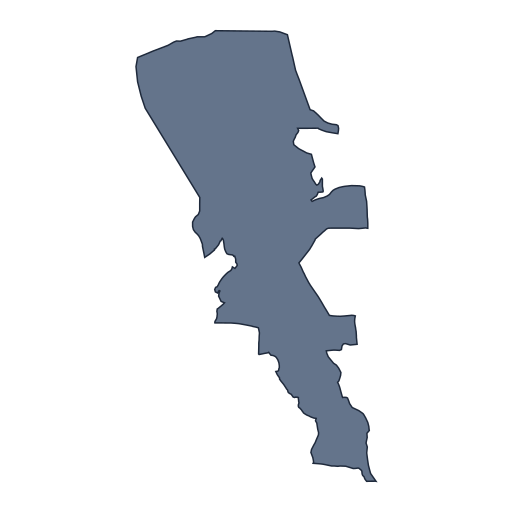 Al Qahirah, Ta`izz, Yemen
{"feature_id": "15242507B25601217585155", "entity_name": "Al Qahirah", "entity_type": "district", "adm_level": 2, "iso_a3": "YEM", "parent_name": "Yemen", "parent_adm1": "Ta`izz", "projection": "orthographic", "projection_center": [44.017, 13.586], "detail": "fine", "context": "isolated", "style": "filled", "palette": "slate", "viewbox_px": 512, "rotation_deg": 0, "n_neighbors": 0, "source": "geoboundaries", "source_scale": "gbopen_adm2", "svg_char_len": 6055}
<svg xmlns="http://www.w3.org/2000/svg" viewBox="0 0 512 512"><path d="M376.0,481.3L370.6,473.5L369.5,469.5L368.4,465.2L367.6,459.9L366.7,452.9L367.3,447.0L366.4,444.1L366.0,443.0L366.2,442.4L366.4,441.1L366.9,438.8L367.2,437.4L366.9,433.3L369.3,430.5L369.1,429.4L368.8,426.4L367.8,422.5L365.6,417.8L365.0,416.8L364.0,415.0L363.1,413.7L361.8,412.7L361.2,412.3L359.9,411.4L358.8,410.6L358.1,410.3L352.2,407.5L349.6,403.6L349.1,402.1L348.5,400.4L347.5,398.0L346.3,397.4L344.0,397.3L342.6,397.5L342.1,396.1L340.8,391.4L340.0,388.4L339.5,386.7L338.5,384.1L337.6,382.3L338.9,380.9L339.6,378.7L339.9,377.8L340.6,375.4L340.9,372.5L338.7,368.2L336.4,365.1L333.6,363.3L333.0,362.6L328.2,356.7L327.3,354.4L326.8,353.4L326.3,350.8L333.3,350.1L333.9,350.1L335.1,350.1L339.6,350.4L340.8,349.8L341.4,349.6L342.0,346.0L343.4,343.9L344.8,343.7L345.6,343.6L350.2,345.0L357.1,344.3L356.4,337.4L356.4,335.8L356.1,331.4L355.7,329.1L355.6,328.0L355.1,325.4L354.8,323.6L354.6,321.4L354.7,319.7L354.8,318.5L355.2,316.4L355.3,315.9L353.9,315.5L352.0,315.3L351.3,315.3L350.7,315.4L344.4,316.0L340.2,316.3L338.0,316.2L337.1,316.2L332.7,315.9L329.4,315.4L329.1,314.9L325.7,309.2L324.5,307.3L321.7,302.4L318.5,297.1L318.1,296.5L317.3,295.3L314.3,291.0L310.1,284.9L309.5,283.8L309.2,283.4L308.6,282.4L306.0,277.5L305.7,277.0L304.1,273.5L303.3,272.1L301.2,267.3L299.1,263.4L299.0,262.7L299.4,262.3L301.8,259.4L307.5,252.1L309.6,249.4L311.1,246.9L311.4,246.5L315.0,240.1L315.3,239.0L315.9,238.5L320.6,234.3L322.8,232.2L324.4,230.9L326.6,228.9L328.4,228.2L331.1,228.1L349.9,228.1L358.6,228.6L363.9,228.1L365.9,227.9L366.9,228.2L367.8,228.3L367.8,223.3L367.6,219.2L367.5,218.5L367.3,216.9L367.1,209.8L367.0,207.7L366.6,201.3L365.2,194.7L365.2,193.9L365.1,192.5L364.9,190.0L364.5,187.0L362.6,186.4L361.8,186.3L361.2,186.1L359.2,185.8L358.4,185.8L355.2,185.7L351.5,185.6L345.0,186.3L343.1,186.6L339.1,187.5L335.1,189.1L333.1,190.3L332.0,191.4L331.4,192.0L330.0,193.8L329.4,194.5L327.2,196.0L323.5,197.6L319.2,198.5L315.2,199.9L312.1,201.4L311.0,199.9L312.0,199.2L312.9,198.5L313.9,197.7L315.2,196.7L316.3,196.1L317.3,194.5L318.2,192.2L319.8,192.2L322.5,192.0L323.0,191.8L323.2,191.0L322.8,188.4L322.4,186.3L322.4,179.1L321.7,178.1L320.1,180.5L319.9,181.8L318.7,183.7L318.2,184.4L316.8,185.1L315.7,184.1L314.5,182.1L313.1,180.1L312.1,178.4L311.3,175.4L310.8,173.0L315.0,166.9L314.5,165.5L313.6,162.6L313.2,161.1L311.4,154.3L306.6,152.9L304.8,151.9L299.3,149.0L298.0,148.1L293.8,144.7L293.3,141.4L294.0,139.6L295.2,137.4L296.1,134.8L297.9,132.5L298.7,130.6L297.6,128.3L306.4,128.3L318.1,128.2L318.7,128.8L322.0,130.2L326.3,131.7L326.9,131.8L332.4,132.8L337.9,133.7L338.4,130.8L338.6,128.3L338.0,125.6L336.4,124.7L332.0,124.2L327.8,123.0L324.1,121.1L320.6,117.6L318.0,114.9L313.6,110.9L310.1,109.7L299.0,79.2L297.0,74.1L296.2,71.9L295.6,70.4L294.7,66.4L292.7,57.4L292.1,55.1L287.4,34.7L279.8,31.9L274.7,31.1L272.0,31.3L215.3,30.7L211.8,33.5L205.4,36.5L204.6,36.8L197.2,36.8L195.5,37.3L187.9,38.9L187.3,39.2L180.3,41.2L176.5,41.0L175.2,41.5L173.5,42.2L168.1,45.3L153.2,51.0L137.6,57.5L136.0,66.6L137.6,81.8L141.2,96.2L145.2,108.2L199.8,197.5L199.7,203.7L199.7,211.0L198.3,214.5L195.6,216.7L194.5,218.3L192.6,222.1L192.6,226.4L193.4,229.6L195.1,232.1L197.5,234.4L198.9,236.1L200.3,238.6L202.4,244.2L202.5,246.5L204.0,253.7L204.7,257.4L209.8,254.0L213.5,250.8L214.0,250.4L214.4,250.1L214.4,249.1L215.3,248.8L218.6,244.7L220.2,241.1L220.8,240.9L222.2,238.3L222.7,238.8L223.1,239.5L223.5,240.8L223.7,242.4L223.9,243.4L224.3,246.9L224.7,249.1L225.7,251.6L226.9,253.7L228.5,254.4L230.6,254.7L232.4,254.9L233.3,255.5L233.7,256.2L234.1,256.5L234.7,256.2L235.1,257.3L235.6,258.9L235.7,259.7L235.7,261.4L235.7,262.2L236.2,262.9L236.6,263.4L236.9,263.9L237.1,264.7L237.2,265.3L236.9,265.9L234.9,268.4L232.4,266.9L231.9,268.8L230.9,270.4L229.6,271.3L228.1,272.2L226.6,273.5L225.5,274.6L224.9,275.2L223.3,276.9L221.8,278.8L219.7,281.9L219.0,283.2L218.2,285.0L217.2,286.7L215.6,287.4L215.1,288.6L214.7,289.5L215.4,291.9L217.6,293.0L218.2,292.0L219.0,290.6L219.6,290.6L219.9,291.0L219.3,292.4L219.1,292.9L218.7,295.4L218.6,296.1L221.1,301.4L224.5,302.8L223.0,304.4L218.3,308.3L217.7,308.7L217.3,308.9L217.0,310.3L216.9,311.7L217.1,312.4L217.3,314.0L217.1,315.7L217.0,316.8L216.6,318.6L216.3,319.2L215.8,320.0L215.1,321.2L214.8,322.2L214.9,322.9L221.2,322.9L227.2,323.0L231.2,323.0L233.7,323.2L235.1,323.3L238.4,323.6L239.8,323.8L246.3,325.0L249.3,325.6L251.8,326.1L252.3,326.3L252.9,326.5L255.5,327.0L258.4,327.8L259.4,332.6L259.4,333.6L259.2,336.2L259.1,339.3L259.1,340.0L258.8,343.0L258.8,344.3L258.8,345.1L258.8,345.8L258.6,354.0L259.1,354.5L262.7,353.8L264.5,353.4L266.1,353.1L267.0,353.0L268.0,352.7L268.7,352.3L269.4,353.4L269.8,353.8L270.5,354.6L270.9,355.2L273.1,355.5L274.5,356.1L275.1,356.4L276.2,357.3L277.8,359.8L278.9,362.8L279.3,365.6L279.3,367.7L278.9,368.6L278.5,370.6L277.5,371.3L276.9,371.3L275.8,371.5L277.2,374.5L278.2,376.0L279.5,377.8L279.6,379.2L280.0,379.7L280.8,380.9L282.6,383.1L283.5,384.2L284.2,385.2L284.7,386.0L285.9,387.8L286.5,388.9L287.5,389.9L287.8,391.1L288.3,392.5L289.5,393.4L291.2,394.3L292.0,395.4L293.1,397.0L294.6,397.5L295.5,397.1L296.1,397.3L296.8,397.1L298.4,397.5L298.3,398.7L298.5,399.4L298.7,401.8L299.0,402.7L298.3,405.0L298.4,406.6L298.8,407.4L299.6,407.9L301.3,409.7L301.8,410.4L302.5,411.5L303.2,412.3L303.5,412.9L304.6,413.7L306.7,415.0L307.6,415.4L308.9,415.9L310.5,416.8L311.5,417.2L314.0,418.1L315.6,418.3L316.2,418.4L315.5,420.8L316.8,423.1L317.7,429.1L318.6,432.7L318.4,435.0L316.3,439.8L315.2,442.6L313.7,445.2L313.4,445.8L311.6,449.3L311.4,450.0L311.1,451.7L310.9,452.4L312.9,457.8L313.0,458.6L313.3,459.9L313.6,462.2L313.1,463.3L319.7,463.8L322.4,464.1L325.1,464.6L331.7,466.0L334.4,466.0L337.8,466.3L340.0,466.0L345.7,466.2L351.9,468.1L353.1,468.5L354.2,468.5L355.6,468.4L357.0,468.2L357.7,468.1L358.3,468.1L359.0,468.3L361.2,470.2L361.8,471.0L361.9,471.7L362.1,473.8L362.4,474.8L362.7,475.4L363.1,475.9L363.7,476.4L364.0,476.7L364.5,478.1L365.0,479.2L366.6,481.3L375.4,481.2L376.0,481.3Z" fill="#64748b" stroke="#1e293b" stroke-width="1.5"/></svg>